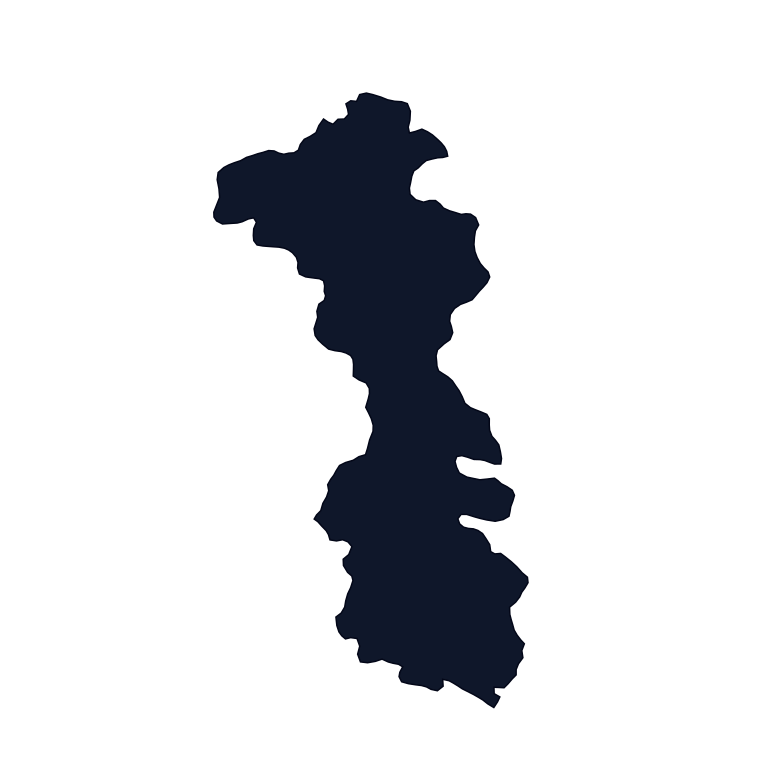 Santo Hipólito, Minas Gerais, Brazil (orthographic projection), rotated 203°
{"feature_id": "56859067B25350866893679", "entity_name": "Santo Hipólito", "entity_type": "district", "adm_level": 2, "iso_a3": "BRA", "parent_name": "Brazil", "parent_adm1": "Minas Gerais", "projection": "orthographic", "projection_center": [-44.176, -18.392], "detail": "fine", "context": "isolated", "style": "filled", "palette": "ink", "viewbox_px": 768, "rotation_deg": 203, "n_neighbors": 0, "source": "geoboundaries", "source_scale": "gbopen_adm2", "svg_char_len": 4251}
<svg xmlns="http://www.w3.org/2000/svg" viewBox="0 0 768 768"><g transform="rotate(203 384 384)"><path d="M156.5,129.1L155.3,135.8L155.1,141.2L161.6,142.0L164.3,147.8L159.8,149.5L154.8,151.3L152.7,156.5L150.7,162.8L148.7,167.8L150.8,172.8L150.9,179.0L149.2,186.3L153.0,192.5L153.3,199.7L158.0,201.8L163.3,204.8L168.0,208.3L171.9,213.2L174.8,216.7L178.1,221.0L181.2,227.6L177.6,234.6L175.9,241.0L175.8,246.2L174.6,251.4L173.8,257.4L176.5,262.2L183.1,264.2L190.3,267.6L197.3,270.1L204.7,272.2L210.4,273.6L215.6,270.9L220.3,271.4L223.9,277.4L229.6,281.4L234.8,284.8L240.3,285.9L245.1,285.6L250.0,284.0L254.8,283.3L259.7,284.8L263.4,288.8L262.1,294.1L256.9,296.3L248.6,297.1L243.3,297.8L236.3,299.0L228.0,301.1L221.3,305.8L217.3,311.1L218.2,315.8L219.4,320.6L219.7,326.8L220.4,332.5L224.4,336.3L230.6,337.5L237.2,338.0L241.3,339.5L245.5,340.5L251.9,336.8L258.3,333.3L264.7,332.0L271.3,330.7L279.9,331.5L284.6,335.6L288.4,340.5L288.7,345.7L284.3,348.5L278.4,349.3L271.8,349.7L265.9,352.0L261.3,353.0L255.9,353.2L251.0,353.5L245.3,356.0L246.7,361.3L250.3,367.0L254.5,372.8L259.5,375.8L264.2,378.0L268.7,382.7L271.1,387.4L273.5,393.2L277.5,396.2L283.9,396.2L290.2,396.0L295.3,396.0L302.0,397.9L307.1,402.9L312.3,407.2L317.6,410.5L322.3,413.6L328.0,415.5L334.6,416.6L338.9,417.4L342.2,421.1L344.4,425.4L347.1,430.3L348.1,436.4L344.4,444.4L340.6,450.7L340.8,458.1L344.5,463.3L348.1,467.4L350.1,473.8L348.6,481.1L344.8,487.1L340.1,491.5L335.8,496.0L333.9,502.1L332.5,506.8L330.6,511.8L328.8,517.5L328.5,523.8L332.0,527.8L337.5,530.0L342.4,532.5L347.7,536.8L352.1,541.5L355.7,547.5L358.1,554.5L359.7,560.7L359.0,567.4L364.7,573.0L370.7,574.2L375.1,572.7L379.1,570.3L385.3,569.7L391.7,569.0L398.1,569.2L402.6,571.5L408.3,573.0L413.7,570.7L418.7,566.8L426.8,566.0L434.1,568.8L437.2,574.3L438.1,579.2L439.6,586.2L439.8,591.8L437.0,596.2L434.8,601.7L432.4,606.2L427.9,609.7L423.0,613.2L418.4,615.5L414.4,618.6L417.2,622.7L421.0,625.9L425.4,628.2L429.8,629.9L436.7,632.2L442.6,633.2L448.7,633.4L453.8,628.7L458.7,625.0L462.1,629.9L463.2,636.9L466.3,645.4L472.1,651.2L478.1,650.7L484.7,648.4L491.8,647.0L498.9,646.9L507.6,646.0L513.9,644.9L519.5,640.9L519.7,633.4L525.3,631.7L528.5,627.0L524.8,622.7L522.0,618.3L524.1,612.4L529.8,609.7L532.4,603.2L537.8,603.2L543.2,604.3L544.9,596.5L544.8,588.8L548.7,583.1L553.0,578.1L554.6,571.8L554.2,565.8L557.2,561.6L561.8,559.3L566.0,556.3L571.2,555.4L576.2,555.6L581.4,553.8L585.9,549.9L590.2,546.6L594.4,542.8L599.1,538.9L603.2,533.6L608.2,529.2L612.4,525.1L616.0,520.7L619.3,513.9L617.4,506.9L612.2,499.2L608.2,491.5L608.0,483.7L607.8,475.7L605.7,471.2L601.8,468.7L595.2,468.2L587.7,472.0L581.9,474.9L578.0,477.9L573.3,483.0L568.9,486.0L564.6,483.0L564.6,476.0L562.3,469.6L559.9,465.1L555.2,462.4L549.5,463.7L545.0,465.2L540.0,466.9L534.3,468.9L528.7,470.1L524.2,470.1L519.6,469.1L514.2,466.4L510.6,462.2L508.9,457.1L504.8,452.2L498.0,452.0L493.8,453.1L489.1,454.4L484.6,455.7L480.0,455.4L477.0,451.2L475.2,445.9L472.2,442.4L471.7,437.5L475.1,432.1L474.2,424.7L471.1,419.5L470.6,414.5L469.9,407.5L466.3,401.7L461.9,398.9L456.0,396.7L448.6,394.5L442.2,395.5L436.0,397.2L431.0,397.7L425.9,397.2L422.3,394.7L419.7,390.2L417.8,385.5L415.4,379.3L408.5,378.0L400.9,378.0L395.8,374.2L393.6,369.4L392.7,364.3L391.7,355.4L387.0,351.5L382.2,347.2L377.8,341.8L375.6,336.1L375.4,327.0L374.0,318.1L373.4,311.7L378.7,307.3L382.5,301.8L388.7,296.7L393.1,291.6L394.1,285.6L394.6,280.3L395.8,275.5L396.5,269.3L393.2,264.2L392.7,257.6L393.6,250.3L392.7,242.7L394.9,237.1L395.5,232.4L391.1,231.4L385.8,228.9L379.9,226.4L376.3,223.7L372.8,219.4L366.4,221.0L361.2,224.5L355.5,224.6L350.0,221.8L349.8,213.2L353.1,206.8L350.4,201.1L343.9,196.4L338.6,194.7L335.8,191.0L335.1,183.5L335.4,176.7L334.5,169.4L333.0,163.3L333.9,156.4L337.2,150.7L333.0,143.2L328.6,138.2L324.4,135.7L319.9,134.3L315.6,137.5L309.4,139.2L303.9,133.2L302.7,125.0L297.1,119.0L290.2,121.0L283.6,125.3L278.3,130.0L271.5,129.8L266.5,130.5L261.1,131.7L256.3,131.0L256.8,124.8L255.8,120.5L251.4,116.8L244.4,117.7L237.3,119.5L231.7,121.1L226.5,121.8L221.4,121.3L215.0,122.5L211.5,128.9L214.6,135.1L208.1,136.3L203.4,135.8L198.0,135.0L192.8,134.0L188.0,133.7L180.7,133.2L175.4,132.6L169.6,131.8L163.4,130.1L156.5,129.1Z" fill="#0f172a" stroke="#020617" stroke-width="1.5"/></g></svg>